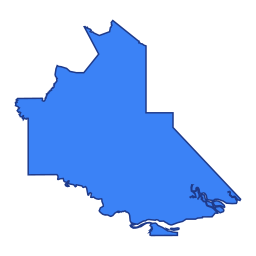 the district of Middle Fly District, Western, Papua New Guinea
{"feature_id": "67681753B64880686677125", "entity_name": "Middle Fly District", "entity_type": "district", "adm_level": 2, "iso_a3": "PNG", "parent_name": "Papua New Guinea", "parent_adm1": "Western", "projection": "mercator", "projection_center": [142.595, -7.022], "detail": "fine", "context": "isolated", "style": "filled", "palette": "blue", "viewbox_px": 256, "rotation_deg": 0, "n_neighbors": 0, "source": "geoboundaries", "source_scale": "gbopen_adm2", "svg_char_len": 5884}
<svg xmlns="http://www.w3.org/2000/svg" viewBox="0 0 256 256"><path d="M173.0,112.8L146.0,112.8L146.0,45.9L144.0,45.2L142.0,43.8L141.2,43.8L140.0,43.2L139.5,42.3L138.9,42.6L138.8,41.1L138.5,41.1L112.8,20.5L111.2,22.5L111.5,23.3L111.4,24.4L111.9,24.9L111.9,25.3L111.2,26.3L111.0,27.2L110.4,27.5L109.6,31.7L99.3,35.5L93.9,33.0L92.7,31.9L91.7,32.2L90.2,31.6L91.3,30.4L90.4,29.3L87.2,28.1L87.5,27.6L87.2,27.2L86.3,27.7L85.8,27.6L85.1,26.6L84.2,26.7L98.7,54.1L83.8,72.7L76.4,72.7L70.0,71.4L66.6,68.4L61.1,66.7L58.6,66.4L57.2,65.6L56.0,68.8L55.1,74.5L55.4,76.0L57.1,78.5L56.6,78.7L56.9,81.0L56.0,82.0L55.9,82.5L54.2,83.7L54.5,84.1L53.9,84.9L54.3,85.1L54.0,85.6L54.1,86.9L53.1,87.9L52.8,87.5L52.1,88.2L52.2,88.5L51.3,89.0L51.1,89.5L51.4,90.2L50.8,90.3L50.6,90.7L50.0,90.6L49.6,91.5L49.3,91.5L49.3,91.9L48.2,92.4L48.1,92.8L48.4,93.1L47.4,93.6L47.6,93.7L47.4,94.4L46.6,94.4L46.9,95.1L46.6,95.4L46.7,95.9L46.2,96.2L46.1,97.8L45.6,97.6L45.2,98.3L45.2,99.6L44.6,100.7L43.8,101.2L42.3,100.6L42.6,98.8L42.3,98.3L17.6,98.5L16.2,99.9L16.4,100.2L17.4,100.4L16.5,101.1L17.1,102.3L16.7,102.6L15.5,102.4L15.4,102.7L15.9,104.3L15.5,105.6L17.9,106.6L18.7,107.7L19.4,107.9L19.0,108.7L18.0,109.1L17.8,110.0L17.2,110.7L18.6,112.3L19.7,112.0L20.7,112.7L20.0,114.2L19.3,114.1L19.1,114.4L20.1,115.8L20.3,116.6L22.3,116.9L23.1,115.7L23.4,115.7L23.4,116.4L22.3,118.0L23.1,118.7L23.3,119.6L24.4,118.1L26.1,119.1L26.6,119.0L26.9,118.3L28.2,118.4L28.2,174.8L56.9,174.6L57.8,175.7L58.1,177.0L57.7,179.0L57.8,179.4L58.3,179.5L60.2,178.8L63.2,178.5L63.9,181.1L64.8,181.8L66.0,182.2L67.1,182.3L68.1,181.0L68.9,180.8L69.1,181.0L68.4,183.0L67.9,183.4L65.7,183.8L65.2,184.4L65.6,185.6L66.9,186.3L67.6,186.5L69.0,186.2L68.7,185.6L67.0,185.2L67.6,183.7L68.1,183.7L73.7,184.7L75.3,186.7L76.2,186.2L76.0,185.5L76.2,184.8L81.5,185.8L82.1,186.1L82.9,187.2L83.4,187.4L85.5,186.6L86.6,188.0L87.9,194.8L88.2,195.1L88.7,195.0L89.2,193.5L90.3,192.7L91.4,193.4L90.8,197.2L91.9,197.4L93.8,197.1L94.9,198.1L96.5,198.8L98.3,199.2L101.3,198.8L101.8,199.1L102.0,201.5L103.2,204.6L103.3,206.2L100.4,207.9L99.2,210.8L100.3,212.3L102.7,214.2L105.1,215.0L105.8,215.0L105.8,214.8L107.8,215.0L110.4,216.3L111.0,216.3L112.8,215.5L114.8,213.2L117.7,211.4L118.7,211.3L121.3,212.0L122.4,211.4L123.5,211.5L125.0,210.9L125.6,211.2L126.1,212.0L127.0,212.1L128.2,212.7L129.2,213.9L129.7,215.7L130.2,220.9L131.0,222.3L132.5,223.3L137.5,224.3L142.6,221.4L144.0,220.9L145.3,220.9L147.0,219.8L148.8,219.5L155.4,220.2L155.8,219.8L156.8,219.7L158.0,220.0L159.6,221.2L163.8,221.1L165.1,222.1L167.6,223.4L168.2,224.0L170.9,224.9L172.0,224.8L177.6,222.7L182.6,221.4L186.2,219.1L195.5,219.1L197.6,218.1L202.4,217.7L202.5,216.9L212.0,216.8L212.1,216.4L212.4,216.4L215.2,213.1L217.7,213.2L217.4,212.1L216.1,211.4L213.6,208.8L211.8,207.5L207.2,205.9L206.5,205.0L205.6,201.9L203.4,201.5L202.6,200.3L201.3,199.3L201.4,198.6L202.3,198.5L202.5,198.0L202.1,197.5L200.9,196.8L200.8,195.1L200.5,194.8L199.3,194.8L199.4,197.0L198.1,198.5L197.9,199.6L197.9,198.5L199.3,196.7L199.0,194.1L198.2,192.4L198.1,189.1L197.5,188.3L197.1,188.5L196.9,189.7L196.1,191.1L195.3,191.5L194.1,191.5L194.2,192.0L193.6,192.3L195.2,193.8L196.0,197.2L195.1,197.4L194.3,196.8L193.6,197.6L193.0,197.6L192.7,197.0L193.1,196.2L192.7,195.9L192.2,196.4L191.3,196.5L190.8,197.5L190.4,197.5L190.1,197.1L190.3,196.4L190.3,197.2L190.6,197.4L191.1,196.5L192.0,196.3L192.7,195.7L193.2,196.2L192.8,197.0L193.0,197.4L193.5,197.4L194.2,196.7L195.4,197.2L195.9,196.9L195.0,194.0L193.4,192.5L193.4,192.2L194.0,191.9L194.0,191.6L192.3,191.7L191.4,191.1L191.1,187.4L191.8,184.8L192.5,184.9L192.2,185.1L192.3,185.7L191.7,187.8L191.8,190.9L195.3,191.0L196.1,189.8L196.0,188.4L196.3,187.8L197.0,187.4L198.1,187.6L199.1,189.4L199.6,193.0L201.4,193.5L203.6,192.9L204.9,193.4L206.3,195.4L206.9,198.6L207.6,199.5L208.6,199.9L212.9,200.5L214.2,200.0L215.0,199.3L217.9,199.2L223.0,201.0L226.4,203.2L232.3,203.6L236.3,203.4L236.8,202.5L237.0,200.9L235.9,199.5L235.0,197.2L232.0,197.4L230.9,196.1L229.7,195.4L229.5,194.7L230.0,193.4L229.8,191.8L229.0,191.8L228.2,192.3L228.1,191.8L229.6,191.4L230.0,191.7L230.3,192.5L230.0,195.0L231.2,195.6L232.3,196.9L234.2,196.3L235.1,196.5L237.3,199.3L237.9,199.8L239.9,200.5L240.6,199.2L173.0,127.5L173.0,112.8ZM177.4,232.6L173.0,232.1L169.5,231.1L167.6,230.9L162.6,227.5L157.9,225.4L156.5,223.7L155.4,223.1L153.2,223.3L150.9,224.1L150.1,225.6L151.5,226.6L151.4,227.3L152.0,227.2L152.1,227.7L151.7,227.5L151.6,228.0L152.0,228.5L151.8,228.6L152.3,229.0L152.2,229.2L151.9,229.0L151.6,229.6L151.8,229.8L151.4,230.2L150.8,229.4L150.6,229.5L151.2,229.9L150.8,230.1L151.2,230.8L150.0,230.9L150.4,231.2L149.6,232.1L149.9,232.0L149.9,232.6L150.4,233.1L150.0,235.0L151.1,235.5L177.4,235.4L177.4,232.6ZM207.4,201.2L205.3,199.1L204.3,195.0L202.9,194.7L201.2,194.9L201.1,196.7L202.2,197.2L202.7,198.1L202.6,198.5L201.7,199.1L202.8,200.1L203.5,201.3L205.5,201.3L205.9,201.6L206.5,202.7L207.1,205.2L209.3,206.1L211.1,206.5L214.4,208.0L214.8,208.0L213.0,205.6L212.0,202.7L207.4,201.2ZM224.2,205.3L221.0,202.4L217.8,201.0L215.9,200.8L214.6,201.5L212.4,201.9L214.9,205.8L216.6,205.9L220.7,205.6L224.2,207.4L224.7,207.0L224.2,205.3ZM220.6,206.8L219.5,206.5L215.6,207.1L215.3,207.5L215.4,208.8L215.9,209.7L220.1,212.8L223.3,211.6L223.8,210.7L223.6,209.3L220.6,206.8ZM152.5,223.3L149.6,222.5L146.0,222.9L141.3,224.7L138.1,226.8L136.2,227.3L132.8,227.0L129.9,224.8L130.9,226.7L133.2,228.1L135.7,228.0L138.0,227.5L139.7,226.8L140.8,226.7L144.7,224.1L146.9,223.0L149.9,222.9L152.5,223.3ZM179.0,228.3L177.9,227.9L174.0,228.5L171.0,228.3L170.6,228.6L170.8,229.1L171.4,229.6L173.8,230.2L177.9,229.6L178.9,229.1L179.0,228.3ZM134.3,224.7L131.8,224.3L132.1,224.8L133.2,225.1L134.3,224.7ZM118.8,212.5L119.7,212.0L118.4,211.7L117.7,212.2L118.8,212.5ZM167.3,229.4L167.9,229.3L166.9,228.9L167.3,229.4ZM212.9,204.6L213.0,204.0L212.7,203.6L212.7,203.9L212.9,204.6Z" fill="#3b82f6" stroke="#1e3a8a" stroke-width="1.5"/></svg>